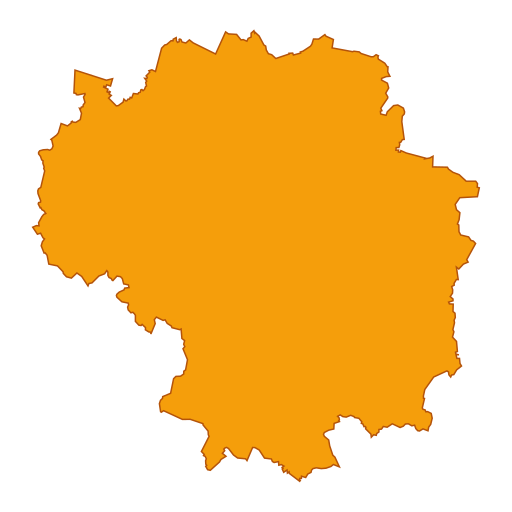 outline of Jerez, Zacatecas, Mexico
{"feature_id": "50627088B51147239881663", "entity_name": "Jerez", "entity_type": "district", "adm_level": 2, "iso_a3": "MEX", "parent_name": "Mexico", "parent_adm1": "Zacatecas", "projection": "robinson", "projection_center": [-103.004, 22.71], "detail": "fine", "context": "isolated", "style": "filled", "palette": "amber", "viewbox_px": 512, "rotation_deg": 0, "n_neighbors": 0, "source": "geoboundaries", "source_scale": "gbopen_adm2", "svg_char_len": 5927}
<svg xmlns="http://www.w3.org/2000/svg" viewBox="0 0 512 512"><path d="M401.8,121.6L402.3,116.2L404.3,113.9L404.6,111.9L403.4,108.1L397.8,105.0L393.6,105.6L387.3,111.8L386.1,115.3L380.7,114.0L380.4,111.3L381.9,110.7L380.8,108.2L387.7,98.1L387.8,96.9L385.7,93.2L388.7,88.0L387.4,83.2L381.6,80.1L381.6,78.4L386.2,76.6L389.9,76.3L387.7,71.9L388.0,66.8L387.2,66.7L384.8,63.2L378.3,59.1L377.9,56.9L378.4,55.8L376.1,54.7L373.4,56.7L371.2,56.8L361.1,53.5L359.2,51.9L353.9,51.2L352.6,51.7L332.1,47.9L333.4,39.5L326.0,36.2L324.9,34.6L318.6,39.1L313.5,39.0L311.9,44.1L310.5,46.2L302.9,51.2L300.3,52.0L300.6,53.1L293.4,55.0L292.7,53.1L289.0,53.3L289.2,54.0L275.8,58.5L271.7,54.7L268.4,53.7L266.3,50.0L265.7,46.1L263.9,45.0L259.1,36.0L255.1,32.3L254.7,33.0L253.9,30.7L251.1,33.2L251.1,37.1L248.2,38.4L246.9,41.2L243.3,39.6L241.0,39.9L236.6,34.4L228.5,33.9L225.6,31.9L215.6,54.0L193.2,42.9L189.4,39.9L185.8,43.0L182.0,42.0L181.0,39.6L179.8,39.0L179.1,39.4L179.2,41.6L177.5,42.4L176.5,40.9L176.2,37.6L173.2,39.2L173.0,40.8L171.1,40.7L166.7,44.5L164.7,45.0L161.6,48.2L155.5,71.5L151.9,69.8L148.9,70.7L149.8,72.1L146.1,75.9L147.3,77.3L146.9,78.5L144.7,78.3L146.7,81.1L145.7,82.4L146.5,86.0L145.5,86.7L144.5,89.4L143.0,90.7L141.9,89.5L140.8,89.9L140.2,92.3L138.6,92.7L137.9,94.0L133.4,93.5L131.7,97.9L130.2,97.3L129.5,99.2L128.0,99.1L126.8,100.8L125.8,100.9L123.9,99.1L123.1,102.1L118.3,105.6L116.3,105.9L108.6,98.1L111.3,95.4L109.2,94.2L110.2,91.8L109.2,91.3L108.6,92.6L107.0,91.8L108.0,89.2L103.6,87.1L103.9,86.2L105.8,87.0L106.7,84.8L110.5,86.0L112.6,78.7L106.4,80.2L75.0,70.1L73.9,93.0L76.0,93.4L76.4,94.7L78.0,94.9L84.9,93.5L85.1,94.4L83.5,97.1L85.0,102.5L83.2,104.9L83.0,106.7L81.3,107.1L80.6,108.6L79.5,108.3L81.5,113.2L80.3,119.6L75.8,122.4L72.9,122.1L72.3,121.2L71.2,121.9L71.2,123.0L67.5,125.9L61.1,123.5L58.4,132.8L56.6,135.1L50.9,139.4L51.8,140.2L53.1,146.0L51.9,148.8L49.7,150.2L47.6,149.5L43.2,149.8L39.7,150.8L38.6,152.3L38.6,153.9L40.5,156.4L41.7,159.9L43.0,160.7L42.9,163.3L44.2,167.1L43.7,168.3L44.7,170.9L40.8,187.4L38.5,188.9L37.8,190.8L38.0,193.6L40.7,200.8L40.5,202.2L38.6,202.6L38.2,203.9L40.2,207.9L40.8,207.6L41.9,209.7L44.0,210.9L45.8,213.5L43.7,214.4L41.8,216.8L38.6,222.7L39.0,225.8L36.4,225.6L32.7,227.2L37.4,234.2L40.6,233.2L43.0,237.8L44.5,238.9L42.4,241.8L41.2,245.8L44.1,253.1L45.2,252.9L47.1,255.3L48.8,264.1L57.5,265.9L63.1,271.8L63.3,273.4L66.5,276.8L71.4,278.1L76.9,273.0L81.7,276.4L88.0,285.9L88.9,283.5L92.0,282.9L98.9,276.0L104.6,273.8L106.8,270.6L107.9,272.1L107.9,275.4L109.0,277.5L111.2,278.5L112.2,280.3L112.9,280.6L117.0,276.1L120.5,276.7L122.3,278.6L123.7,283.9L128.4,284.9L129.0,287.6L124.7,288.1L124.0,289.9L119.2,292.1L116.9,294.2L116.4,295.5L116.9,297.2L121.9,301.8L128.2,303.1L128.6,304.9L127.6,307.1L128.2,309.9L130.9,312.8L132.9,312.3L134.4,313.8L135.4,315.3L135.4,321.4L138.9,325.2L141.1,325.5L142.1,324.4L145.5,327.6L145.4,329.8L148.7,331.9L150.7,332.2L150.9,334.0L155.2,323.6L154.3,319.7L156.4,317.1L163.1,320.4L165.1,319.8L167.2,323.4L171.3,326.0L172.0,327.7L179.8,329.7L181.1,329.0L181.9,338.5L184.6,340.6L183.7,344.3L184.8,346.7L183.0,348.7L187.5,359.7L185.6,369.9L183.8,371.2L183.7,374.0L180.5,376.2L175.9,376.4L173.6,378.7L170.6,393.3L162.7,396.6L162.5,398.4L160.5,400.3L159.4,403.6L160.6,411.7L161.3,412.2L163.6,410.7L182.4,419.4L190.2,419.3L202.9,423.6L203.1,425.0L208.1,431.1L208.3,434.8L209.1,436.3L201.4,451.5L204.2,454.4L203.5,455.6L205.2,456.4L206.3,458.8L205.6,460.7L205.8,464.2L206.7,465.3L205.7,466.3L207.6,469.7L210.3,470.3L219.5,462.0L220.9,459.5L226.0,456.3L222.4,453.3L224.7,450.7L223.8,449.1L225.1,447.9L226.6,447.4L228.5,448.5L233.5,455.0L237.6,458.0L245.6,458.8L247.0,460.6L252.6,447.5L255.0,447.6L259.2,450.0L264.5,458.1L271.4,459.0L272.4,461.5L274.1,462.5L278.5,461.6L278.8,465.2L281.4,464.6L283.9,466.1L282.1,467.4L283.0,468.3L282.2,469.0L283.7,472.3L287.0,470.0L287.4,473.1L289.1,471.8L289.3,473.4L299.7,481.3L300.3,480.3L299.4,479.8L299.7,478.4L301.4,478.4L301.5,476.2L305.7,477.5L307.8,474.0L311.0,472.4L311.6,470.0L313.0,468.6L316.3,467.8L321.3,468.6L326.0,468.2L330.9,466.5L333.4,464.5L339.4,466.9L334.9,457.1L332.8,455.2L329.7,445.9L328.7,440.0L324.3,436.3L323.5,434.3L324.3,432.5L328.7,430.2L333.8,429.0L334.1,423.4L339.4,421.6L338.7,420.8L339.4,419.9L339.1,417.9L337.6,416.3L340.2,414.9L342.8,416.6L346.2,417.1L350.7,415.3L354.1,416.6L354.5,417.5L358.9,418.3L361.8,421.8L361.3,423.3L362.9,424.0L364.0,426.7L365.2,426.5L365.9,427.3L365.6,428.8L370.9,434.1L371.3,437.2L373.6,434.8L376.3,435.3L376.7,433.5L378.9,432.0L378.9,429.5L381.5,429.1L383.3,426.5L387.2,427.2L392.3,423.8L400.1,427.5L403.3,426.2L405.4,424.0L408.4,423.8L411.8,425.8L414.6,425.2L415.8,428.6L417.7,430.7L419.5,431.0L423.0,428.9L428.0,430.8L428.7,427.1L430.7,424.4L432.2,418.2L431.2,413.4L427.6,411.6L425.9,411.8L425.1,409.9L423.0,409.3L422.3,407.9L424.5,398.5L423.5,398.3L423.4,396.0L424.8,389.5L433.7,377.0L446.9,370.9L448.5,371.9L448.9,374.8L450.7,377.0L451.6,375.0L453.8,374.6L456.7,369.8L461.5,366.0L460.0,363.5L459.5,358.4L456.9,358.4L456.0,354.5L458.9,354.9L455.9,354.1L455.5,352.2L457.4,351.5L456.5,341.4L452.5,337.1L453.9,331.8L452.9,329.5L454.5,322.8L454.1,320.2L455.3,317.5L455.0,313.2L453.0,311.5L453.2,304.1L449.4,303.9L448.6,302.1L453.0,300.8L453.0,299.0L450.2,296.6L452.5,293.2L452.7,289.9L451.7,286.5L454.2,285.2L454.1,283.3L456.4,279.5L458.2,279.6L456.4,267.1L458.8,269.0L463.4,264.1L468.1,262.1L466.7,259.7L475.6,243.5L473.4,241.1L471.0,240.4L468.6,236.9L460.7,235.0L459.0,231.7L458.8,225.0L457.4,224.0L459.1,219.7L459.9,212.7L456.5,209.7L455.2,204.4L459.8,197.7L477.4,196.7L479.3,187.8L477.2,187.2L477.5,183.6L475.7,181.2L466.2,181.2L459.2,174.7L452.9,172.3L448.5,169.1L447.4,167.2L432.6,166.9L433.0,156.2L429.7,158.0L424.9,158.8L425.4,158.1L406.3,153.0L400.9,150.6L400.3,152.2L398.4,152.0L398.6,150.1L395.9,150.2L396.2,147.6L398.9,147.5L399.7,144.9L399.4,142.4L400.7,142.3L402.4,139.6L404.2,139.4L401.8,121.6Z" fill="#f59e0b" stroke="#b45309" stroke-width="1.5"/></svg>